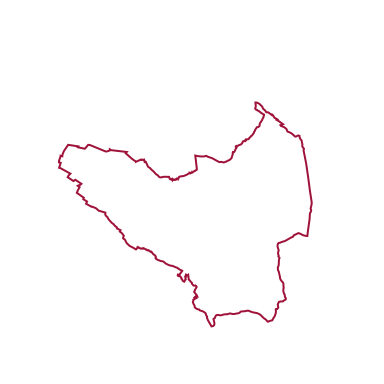 Joseni, Harghita, Romania (Robinson projection), rotated 208°
{"feature_id": "2599482B15919593836564", "entity_name": "Joseni", "entity_type": "district", "adm_level": 2, "iso_a3": "ROU", "parent_name": "Romania", "parent_adm1": "Harghita", "projection": "robinson", "projection_center": [25.38, 46.684], "detail": "fine", "context": "isolated", "style": "outline", "palette": "rose", "viewbox_px": 384, "rotation_deg": 208, "n_neighbors": 0, "source": "geoboundaries", "source_scale": "gbopen_adm2", "svg_char_len": 6005}
<svg xmlns="http://www.w3.org/2000/svg" viewBox="0 0 384 384"><g transform="rotate(208 192 192)"><path d="M178.0,300.8L176.2,298.1L175.6,296.7L175.4,295.4L175.1,295.1L174.2,294.8L173.3,294.8L173.1,295.0L172.5,294.8L170.3,294.8L168.9,294.4L165.4,294.1L164.8,294.2L164.4,293.6L164.3,292.3L163.9,291.3L164.1,289.9L163.9,288.8L163.9,288.2L164.3,284.3L163.4,282.1L163.9,280.6L165.1,279.6L165.4,276.9L165.2,275.3L165.4,274.3L165.1,273.2L165.6,270.0L166.1,269.1L166.2,268.1L166.8,266.8L166.7,265.9L167.1,265.0L169.3,263.6L169.3,263.3L168.6,262.9L168.9,261.8L169.5,261.6L170.6,260.9L170.8,260.4L170.6,259.4L170.6,258.7L171.1,257.0L172.7,255.2L173.0,254.5L174.4,253.6L174.8,252.8L174.6,252.5L173.8,252.5L173.5,252.3L173.5,251.9L173.7,250.4L173.5,249.2L173.5,247.4L173.7,246.9L174.6,246.6L174.4,245.5L173.9,245.0L173.0,240.3L174.0,237.6L175.3,236.3L175.8,235.2L177.8,233.0L180.2,232.4L181.8,231.3L182.6,231.2L190.3,231.3L194.3,230.6L195.6,230.5L196.1,230.7L196.8,230.3L198.0,229.1L200.1,227.9L203.5,226.5L206.2,225.7L199.0,215.3L198.3,214.1L198.3,213.6L199.1,212.7L199.3,212.3L199.2,212.1L200.3,210.6L200.8,209.3L201.2,208.9L201.3,209.0L201.3,208.8L202.1,208.4L202.1,208.2L202.4,208.3L202.6,208.1L202.9,208.0L202.8,207.9L203.0,207.8L202.9,207.3L203.4,207.1L204.8,204.7L206.9,202.2L209.4,200.4L210.2,199.7L210.5,199.2L210.3,197.5L210.4,197.1L211.1,197.0L210.8,196.6L211.1,196.6L211.3,196.2L212.0,196.0L212.0,195.7L212.0,195.4L212.1,195.1L212.8,195.1L213.2,194.4L213.8,194.3L214.0,194.0L214.1,194.3L214.5,194.1L214.6,194.3L215.2,194.4L215.1,194.1L215.6,193.9L215.5,193.6L215.8,193.8L216.2,193.7L216.1,193.2L217.7,193.1L219.4,194.6L220.2,194.1L222.6,193.0L225.1,191.5L225.6,190.7L226.3,190.3L227.8,189.8L230.2,190.7L232.0,190.8L235.6,192.1L238.7,192.8L240.1,193.4L242.3,193.6L243.4,194.2L247.0,197.0L247.3,197.0L247.6,196.3L247.8,196.2L249.6,198.1L250.2,197.3L250.7,197.4L251.8,196.4L252.3,196.7L255.7,192.3L256.0,192.7L257.6,192.7L260.5,193.1L268.8,195.1L268.4,196.7L283.0,191.0L284.6,191.1L284.4,190.7L283.9,190.3L286.3,187.7L287.6,187.2L303.9,185.6L305.3,185.1L305.8,184.9L306.9,179.9L313.8,177.9L313.8,178.9L323.5,175.5L324.3,168.1L324.1,165.3L323.7,163.6L323.3,162.7L325.1,162.3L324.7,161.5L324.1,157.3L323.4,155.7L321.6,156.1L320.7,151.0L319.3,151.3L308.0,151.1L308.7,148.7L308.7,146.7L301.8,146.0L300.8,148.0L293.5,147.3L294.1,145.7L295.3,144.6L295.8,143.8L293.5,143.5L293.6,139.3L293.4,139.0L293.3,137.2L284.8,136.1L284.6,134.6L280.2,134.3L280.0,131.9L273.8,131.8L273.7,132.1L269.5,132.6L265.4,131.7L265.3,131.8L258.8,133.1L258.1,131.5L256.9,130.6L254.6,130.0L254.0,129.4L252.5,128.6L248.4,127.1L246.3,126.8L244.1,125.9L241.7,125.5L241.2,124.6L237.2,124.7L237.2,123.2L234.5,122.7L231.7,121.4L231.3,119.1L231.0,118.7L228.8,118.4L225.7,116.2L221.7,115.1L218.0,115.2L214.5,115.0L214.4,115.1L214.1,116.6L213.8,117.2L213.9,117.4L214.0,117.3L214.1,117.5L213.8,117.6L213.8,118.0L213.2,117.8L212.5,117.8L212.1,118.1L211.7,117.9L210.8,117.9L210.1,118.4L209.3,118.5L209.1,118.7L209.0,119.2L208.7,119.2L208.6,119.4L208.3,119.3L208.1,119.7L206.5,119.6L205.2,119.8L205.1,119.6L204.7,119.8L204.0,119.5L203.5,120.0L203.2,119.9L202.9,120.2L202.6,120.0L201.8,120.0L200.6,119.7L200.3,120.2L200.0,120.1L198.8,119.9L198.1,119.3L197.3,119.0L195.1,118.7L194.3,118.4L193.5,117.8L193.6,117.4L193.2,117.2L193.0,116.5L192.8,116.2L190.6,116.0L187.1,116.4L185.2,117.1L184.5,117.1L181.3,116.5L178.5,116.6L175.9,117.0L174.8,117.6L170.8,117.9L169.5,118.2L166.4,117.7L164.0,117.9L163.6,117.8L164.2,113.9L164.0,113.0L165.7,112.5L165.4,111.6L164.6,111.3L163.9,111.8L162.7,111.9L160.9,111.1L160.6,110.4L159.6,110.2L158.8,109.4L157.6,109.1L156.7,109.2L156.8,111.4L156.5,111.8L157.6,113.2L157.4,113.2L157.5,114.2L158.3,114.8L158.5,116.3L156.7,116.1L156.4,117.0L153.8,113.2L152.1,112.8L151.2,112.2L149.5,111.8L149.0,111.0L147.1,110.2L146.2,110.2L145.3,111.0L144.4,111.0L143.3,110.3L143.4,108.3L143.2,104.8L139.4,103.1L138.0,102.0L139.1,101.2L139.8,101.5L140.3,99.9L138.7,99.9L140.3,97.5L139.7,96.5L139.7,95.4L138.4,94.1L136.4,92.9L135.5,91.5L133.9,91.1L132.1,91.1L130.6,91.6L129.8,91.2L129.3,91.2L126.5,91.7L125.2,91.7L122.8,91.2L121.8,89.9L120.2,89.1L119.9,88.2L117.9,86.4L111.7,82.5L111.1,82.9L110.3,83.8L110.0,85.0L110.2,85.8L110.8,87.0L113.4,89.9L113.4,90.2L112.7,91.2L112.9,93.5L112.7,94.6L112.0,95.3L111.3,95.7L109.3,96.3L108.0,97.1L107.0,98.3L104.9,99.9L103.7,100.4L101.5,102.6L98.4,103.5L97.3,104.2L96.4,105.0L94.1,106.7L93.3,107.7L93.0,108.8L92.6,109.5L89.1,111.7L88.2,112.6L87.0,113.4L86.1,113.8L84.3,113.9L81.8,114.3L78.2,115.5L75.4,115.8L73.5,115.6L71.8,115.0L69.3,114.3L66.7,114.0L64.6,113.1L64.1,113.1L63.6,113.5L63.1,114.4L60.9,116.4L60.9,118.9L60.7,120.9L60.7,121.9L60.9,122.4L61.0,123.7L61.6,125.4L63.0,127.9L62.7,128.3L61.8,128.8L61.6,130.5L63.4,132.8L63.7,135.2L63.6,135.7L63.4,136.1L62.1,137.1L60.4,138.1L60.0,139.2L59.0,140.7L58.9,141.2L59.0,141.8L59.3,142.3L60.7,143.0L62.0,144.9L63.1,145.5L64.7,147.2L65.8,149.2L66.1,150.6L66.9,151.5L68.1,153.8L69.4,154.9L71.0,155.4L72.4,156.1L73.8,157.2L74.3,158.1L77.9,162.3L79.5,163.5L80.9,165.9L80.9,167.1L81.1,167.9L81.4,168.8L83.4,172.9L83.8,174.9L85.4,175.6L85.7,176.7L86.7,177.4L87.6,179.1L88.1,181.2L90.7,183.8L91.5,185.3L91.8,186.6L91.8,187.0L91.4,187.8L90.5,188.5L89.0,190.4L87.5,191.7L86.4,193.1L83.1,198.4L81.9,199.8L81.7,200.3L81.9,201.2L81.7,201.7L78.7,205.7L76.7,206.0L73.5,206.0L71.5,206.5L69.5,207.3L71.2,211.6L75.5,223.4L77.9,228.6L77.8,230.4L78.2,231.9L79.5,233.0L80.5,237.0L81.4,239.0L88.5,248.5L96.1,259.2L104.7,270.9L113.1,281.2L113.4,282.7L115.7,283.8L116.5,284.8L116.7,285.6L119.5,289.0L121.3,289.7L122.9,291.1L123.4,292.0L124.1,292.0L124.9,291.7L126.3,289.7L126.9,289.4L127.6,289.5L131.1,290.4L133.5,290.5L136.1,290.2L138.1,291.9L139.3,292.2L141.0,292.5L142.4,292.4L144.7,292.1L145.3,292.5L143.5,294.6L148.7,295.3L151.1,295.4L150.7,296.2L154.2,296.3L156.3,297.7L157.6,298.0L157.6,297.4L162.0,298.1L162.9,297.8L163.7,297.3L164.4,297.5L165.5,298.3L168.3,298.9L170.2,300.4L174.0,301.5L176.7,301.4L178.0,300.8Z" fill="none" stroke="#9f1239" stroke-width="2"/></g></svg>